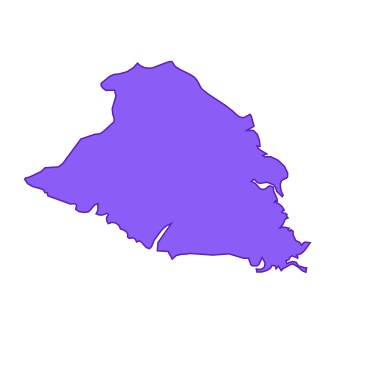 Istarska, Mercator projection, rotated 309°
{"feature_id": "HRV-1592", "entity_name": "Istarska", "entity_type": "County", "adm_level": 1, "iso_a3": "HRV", "parent_name": "Croatia", "parent_adm1": "", "projection": "mercator", "projection_center": [13.894, 45.143], "detail": "fine", "context": "isolated", "style": "filled", "palette": "violet", "viewbox_px": 384, "rotation_deg": 309, "n_neighbors": 0, "source": "natural_earth", "source_scale": "10m", "svg_char_len": 3230}
<svg xmlns="http://www.w3.org/2000/svg" viewBox="0 0 384 384"><g transform="rotate(309 192 192)"><path d="M132.5,73.7L137.0,73.5L163.3,72.3L175.7,80.2L179.3,83.8L183.4,85.1L197.5,87.2L200.3,85.1L202.7,81.4L206.5,77.6L218.9,72.4L222.3,67.7L216.7,61.0L216.7,56.9L217.6,54.3L219.4,53.0L223.6,53.9L230.5,55.4L234.3,57.4L237.8,61.0L244.5,65.8L251.4,68.2L257.7,68.6L257.9,68.6L257.6,71.9L257.9,73.8L258.8,76.9L261.2,80.7L263.6,83.2L277.7,91.4L280.0,93.2L280.7,94.6L280.0,96.8L279.2,98.6L279.1,101.4L279.6,105.3L282.1,116.5L282.6,120.4L282.5,123.2L281.4,127.2L279.1,132.2L278.4,134.3L278.2,136.6L278.3,143.1L280.3,163.9L280.5,172.7L280.2,176.2L280.1,179.5L280.4,181.9L281.6,184.3L282.7,185.6L288.7,188.2L288.9,188.2L288.7,188.8L288.3,190.2L282.2,198.8L274.3,195.8L278.5,201.0L277.9,206.6L274.5,211.9L270.3,216.2L268.7,213.4L267.6,216.6L267.6,219.2L268.7,226.2L267.6,225.5L265.8,224.7L264.9,223.9L264.9,226.2L269.0,231.0L270.8,239.0L270.1,247.7L266.9,254.5L263.8,256.8L261.7,256.5L259.7,255.3L256.8,254.5L253.6,255.7L250.6,258.6L248.1,262.0L246.9,264.9L245.1,264.9L245.8,257.6L247.9,254.3L249.0,251.2L246.9,244.3L241.3,239.2L240.5,236.3L240.9,233.7L240.6,231.9L237.5,231.5L238.5,235.9L237.4,242.6L238.6,245.6L241.3,247.4L243.8,247.7L245.8,248.6L246.9,252.2L244.0,255.0L240.3,262.3L238.6,264.2L237.5,262.4L236.0,262.4L237.1,265.0L237.5,268.1L237.2,271.5L236.0,275.1L233.9,274.4L232.8,274.7L232.8,275.7L234.2,277.7L234.2,280.2L232.9,280.3L232.5,280.7L232.6,281.5L232.3,283.0L229.7,281.5L223.8,283.1L219.6,283.0L221.8,284.7L223.1,286.4L225.0,290.4L223.2,290.4L223.2,292.7L225.0,292.7L225.0,295.5L223.1,296.8L221.9,298.4L219.6,303.1L220.2,305.9L220.6,306.7L220.6,307.7L219.6,310.8L222.4,310.6L224.1,311.3L225.3,313.1L226.9,315.8L217.3,316.3L212.7,315.6L208.8,313.1L208.3,314.6L208.2,315.0L207.0,315.8L205.4,309.9L203.0,309.2L200.3,309.9L197.8,308.2L196.0,310.8L198.8,312.0L201.6,314.2L202.9,317.3L201.6,321.1L204.0,327.2L205.2,328.8L201.3,331.0L200.3,327.4L200.4,321.3L199.6,315.8L197.7,314.3L189.9,311.1L187.0,310.8L187.6,309.5L188.2,306.9L188.8,305.7L188.0,305.5L186.0,305.7L185.2,305.7L187.0,303.1L185.2,300.3L182.3,301.0L178.2,299.6L173.8,296.6L170.6,292.7L172.6,290.4L175.3,294.4L179.2,295.5L182.9,293.4L185.2,287.8L178.0,289.6L175.3,288.9L172.6,285.3L172.6,283.0L173.7,281.9L174.9,279.4L176.2,277.7L173.1,274.1L167.2,259.6L156.2,248.0L142.7,228.7L140.5,227.0L137.2,223.2L132.7,219.7L127.3,218.8L128.5,216.4L129.9,212.6L130.9,211.1L124.5,202.0L131.3,197.4L154.5,195.8L149.4,193.3L143.3,192.4L130.9,192.9L124.3,194.9L121.3,194.7L120.1,191.7L120.6,187.7L121.3,184.5L121.0,182.0L118.3,180.4L119.5,177.9L119.7,176.0L118.7,174.3L116.5,172.5L116.5,170.1L118.7,168.8L119.7,166.5L119.6,163.4L118.3,159.7L120.0,156.0L119.9,152.1L118.0,148.8L114.7,146.9L115.6,144.6L117.0,142.7L119.1,141.5L121.9,141.5L121.9,139.2L119.2,137.9L117.1,136.2L115.6,134.0L114.7,131.2L117.4,130.7L119.7,129.5L123.7,126.1L120.6,124.5L113.5,124.3L111.1,123.8L108.1,120.8L105.6,116.3L105.4,112.3L109.3,110.7L109.3,108.4L106.1,105.0L98.3,82.4L98.8,81.7L99.6,80.9L100.2,79.9L99.0,78.2L98.9,77.9L99.4,77.3L100.2,74.5L95.9,64.5L95.1,58.9L96.6,53.9L98.3,53.9L100.8,56.0L112.9,61.9L118.4,62.6L127.5,72.4L132.5,73.7Z" fill="#8b5cf6" stroke="#5b21b6" stroke-width="1.5"/></g></svg>